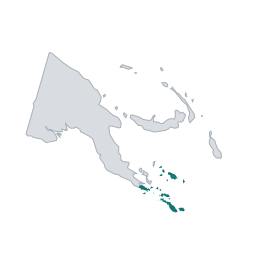 location of Samarai-Murua District, Milne Bay, Papua New Guinea, rotated 16°
{"feature_id": "67681753B57356093785831", "entity_name": "Samarai-Murua District", "entity_type": "district", "adm_level": 2, "iso_a3": "PNG", "parent_name": "Papua New Guinea", "parent_adm1": "Milne Bay", "projection": "mercator", "projection_center": [152.452, -10.176], "detail": "fine", "context": "in_parent", "style": "filled", "palette": "teal", "viewbox_px": 256, "rotation_deg": 16, "n_neighbors": 0, "source": "geoboundaries", "source_scale": "gbopen_adm2", "svg_char_len": 9045}
<svg xmlns="http://www.w3.org/2000/svg" viewBox="0 0 256 256"><g transform="rotate(16 128 128)"><path d="M31.6,161.9L31.6,132.9L30.1,130.7L31.6,125.6L31.6,77.0L34.3,77.2L47.6,83.1L56.6,86.2L64.4,87.6L71.7,92.5L77.0,92.8L84.9,99.6L88.1,100.0L93.7,105.7L94.1,110.4L93.4,113.3L102.0,116.1L110.2,120.0L114.6,120.4L117.1,121.8L120.1,125.2L120.7,129.7L118.9,130.5L111.3,130.5L109.1,132.0L112.2,139.1L119.1,145.6L124.3,148.6L125.9,154.5L128.5,156.3L130.2,161.0L133.0,161.5L138.2,160.7L139.1,162.7L138.3,165.7L139.1,166.9L148.8,169.4L145.5,170.9L147.0,173.6L153.3,176.0L157.3,176.8L159.6,176.6L156.9,177.9L154.4,177.5L153.9,177.9L155.0,179.1L157.0,180.3L154.9,181.9L152.8,182.1L148.8,181.1L145.4,178.1L134.8,176.8L131.2,175.5L128.3,176.0L119.7,174.4L116.9,172.3L115.0,169.2L109.9,165.4L108.7,163.6L109.2,161.1L107.9,161.5L104.9,159.7L97.2,148.2L93.2,146.6L83.4,144.6L82.0,142.4L77.4,141.5L76.4,143.0L72.7,144.0L69.5,142.9L66.3,140.1L70.1,146.5L68.7,146.4L69.4,147.4L68.7,147.6L64.6,147.2L65.8,149.8L59.1,151.3L54.1,150.8L51.7,151.4L50.7,151.3L49.4,149.4L47.6,149.8L49.1,149.8L51.0,152.0L55.2,151.7L59.3,153.4L62.7,157.2L62.6,159.8L53.3,164.6L47.9,162.5L40.0,163.1L37.2,162.3L33.6,163.2L31.6,161.9ZM172.2,97.9L174.1,99.2L176.1,97.8L179.8,99.5L179.1,105.7L177.9,107.5L174.7,108.1L174.3,109.0L176.4,112.7L175.6,114.0L172.8,115.4L168.3,115.2L167.1,117.8L164.6,120.0L154.8,124.5L144.1,124.9L140.6,122.1L136.9,122.6L132.0,119.3L127.9,118.0L127.1,116.8L127.2,115.1L128.3,114.2L135.6,114.4L140.3,115.6L146.4,114.9L148.1,113.9L148.8,109.9L149.8,108.2L150.8,109.0L149.6,112.1L151.0,114.9L155.4,114.0L158.1,114.7L160.3,113.9L163.4,109.5L165.8,107.5L170.3,106.5L170.2,103.3L168.6,98.9L169.3,97.6L172.2,97.9ZM225.9,130.0L225.3,131.5L225.0,131.0L222.8,132.3L220.2,131.9L217.9,130.5L216.2,127.9L216.1,125.1L213.6,123.8L210.3,120.2L209.7,117.8L209.9,113.8L214.7,116.1L219.5,123.0L224.1,126.0L225.9,130.0ZM189.2,99.6L186.1,105.9L184.1,103.3L183.4,101.5L183.2,96.7L178.2,89.6L173.0,87.2L162.5,79.8L158.3,78.7L159.3,78.3L159.3,76.5L164.5,80.4L167.8,81.3L172.1,84.3L175.0,85.3L187.7,96.4L189.2,99.6ZM105.3,68.7L115.2,69.0L115.4,69.8L114.1,69.9L112.4,71.4L106.4,71.0L103.8,71.8L103.7,70.7L104.6,70.4L104.5,69.3L105.3,68.7ZM155.5,164.9L157.3,165.9L158.8,165.8L160.0,167.0L160.2,169.1L159.6,169.5L159.1,168.9L154.3,168.5L155.2,167.4L154.3,165.0L155.5,164.9ZM154.3,77.7L150.8,77.6L148.1,75.2L151.6,74.0L154.2,75.2L154.3,77.7ZM162.6,173.7L164.9,172.4L165.4,172.9L164.6,176.0L161.1,174.7L158.7,169.6L162.6,173.7ZM181.2,160.4L185.1,159.9L186.9,161.2L187.5,161.7L187.1,163.1L183.9,162.5L181.2,160.4ZM190.2,190.9L197.4,194.4L194.7,195.0L192.4,194.0L192.2,193.2L191.2,193.5L191.7,192.9L190.2,190.9ZM123.0,118.8L119.8,116.2L120.0,114.5L123.4,116.0L123.0,118.8ZM153.1,166.8L152.2,166.9L150.0,165.1L151.3,163.0L152.8,163.8L153.1,166.8ZM208.9,113.7L207.5,109.5L208.7,108.2L209.9,110.9L208.9,113.7ZM112.0,113.7L109.8,112.0L111.4,110.5L112.4,111.3L112.0,113.7ZM145.6,63.3L144.4,63.6L142.7,62.2L143.2,60.7L145.1,61.7L145.6,63.3ZM97.4,103.4L96.1,104.9L95.2,103.7L96.7,102.0L97.4,103.4ZM163.1,152.7L163.2,157.8L162.2,156.7L162.7,154.7L161.7,154.1L163.1,152.7ZM63.6,154.0L65.7,156.1L60.5,152.7L63.6,154.0ZM65.5,153.5L62.6,152.7L62.0,152.0L65.4,152.3L65.5,153.5ZM204.1,191.4L203.9,192.1L202.1,192.3L200.8,191.2L202.0,191.5L201.8,190.8L204.1,191.4ZM182.8,82.6L182.9,84.9L181.6,83.3L182.8,82.6ZM175.8,81.4L175.3,82.0L174.0,80.4L174.2,80.0L175.8,81.4ZM160.3,180.9L160.1,181.9L158.8,181.4L159.0,180.8L160.3,180.9ZM174.7,79.6L173.7,79.8L173.9,78.3L174.7,79.6ZM120.6,72.3L120.7,73.4L119.3,73.2L120.6,72.3ZM196.1,95.6L196.0,96.6L195.2,96.3L196.1,95.6Z" fill="#d9dde1" stroke="#a8b0b8" stroke-width="1"/><path d="M182.4,160.1L181.2,160.2L180.6,160.9L181.4,160.9L181.8,161.0L182.0,161.3L182.3,161.2L183.0,161.8L183.6,161.5L183.4,161.7L183.2,162.1L183.7,162.3L183.7,162.6L183.2,162.9L183.0,162.7L182.9,162.7L183.1,163.1L183.9,163.3L184.1,163.7L184.3,163.2L184.0,163.1L184.1,162.9L184.1,162.6L184.3,163.2L184.6,163.3L184.7,163.1L184.7,163.4L184.9,163.4L185.0,163.6L185.9,163.6L186.7,163.3L187.0,163.7L187.1,163.3L186.7,162.9L186.3,162.9L186.8,162.6L187.3,162.9L187.5,162.4L187.8,162.4L187.2,161.9L186.8,162.0L186.9,161.4L186.5,161.2L186.1,161.4L185.9,161.3L185.4,161.3L185.3,160.7L185.0,160.7L184.8,160.4L184.1,160.7L182.4,160.1ZM190.9,191.5L190.1,190.9L189.8,191.2L189.9,191.9L190.3,191.9L190.2,192.1L190.4,192.5L190.7,192.3L190.9,192.8L191.4,192.9L191.0,193.3L191.5,193.1L191.8,193.3L192.2,193.2L192.0,193.5L192.1,194.0L193.0,194.2L192.8,193.8L193.2,194.1L193.4,193.9L193.6,193.9L193.4,194.1L193.6,194.3L193.4,194.4L194.1,194.4L194.4,194.8L194.7,194.6L194.7,195.0L194.3,195.1L194.7,195.3L195.2,194.8L195.3,194.9L195.8,194.8L196.2,195.1L196.2,194.9L196.6,195.0L196.8,194.8L197.5,194.9L197.6,194.6L197.2,194.3L197.2,194.1L196.7,193.9L196.5,193.4L194.0,192.8L192.7,192.2L192.1,192.0L191.6,191.6L190.9,191.5ZM203.1,190.5L202.4,190.6L202.2,191.0L202.3,190.6L202.1,190.7L201.7,190.7L201.2,190.6L201.6,190.9L201.3,191.0L202.1,191.3L201.5,191.4L201.1,191.3L201.0,191.5L200.6,191.2L200.6,191.4L200.2,191.5L200.6,191.8L200.8,192.1L201.4,192.2L201.7,192.0L201.6,192.3L201.8,192.2L201.9,191.8L202.2,192.1L202.4,192.1L202.4,191.8L202.7,192.0L203.1,191.8L203.8,192.2L204.2,191.8L204.0,191.5L204.0,191.2L203.1,190.5ZM184.9,181.5L183.5,182.1L181.6,181.5L181.3,181.7L181.7,182.1L182.5,182.3L182.6,182.5L182.9,182.3L184.2,182.9L184.5,182.9L184.5,182.7L185.5,182.6L185.9,182.3L184.9,181.5ZM155.6,181.7L156.4,181.4L156.5,181.1L157.2,181.2L157.6,180.9L157.1,179.8L156.7,180.5L155.7,180.4L155.6,181.7ZM161.9,181.2L160.5,181.4L160.3,181.7L160.3,182.1L160.6,182.1L160.7,181.8L161.2,182.0L161.4,181.8L161.7,182.3L162.2,182.3L162.1,182.2L162.5,182.0L162.1,181.9L162.3,181.6L162.5,181.6L162.5,181.3L162.3,181.3L162.1,181.5L162.1,181.3L161.9,181.4L161.9,181.2ZM160.3,180.8L159.8,180.5L159.9,180.9L159.6,180.7L159.6,180.9L159.5,180.6L159.2,180.7L158.9,180.6L159.1,181.1L159.5,181.3L159.4,181.5L159.8,181.6L159.9,182.0L159.0,181.8L158.6,181.4L158.5,181.7L158.8,181.7L158.9,182.1L159.2,181.9L160.2,182.1L160.1,181.0L160.3,180.8ZM189.1,189.1L188.7,189.0L188.8,189.4L188.8,189.7L188.9,189.8L188.9,189.6L189.0,189.6L189.3,190.0L189.7,190.0L189.9,190.3L189.7,190.3L190.0,190.5L190.7,190.1L189.1,189.1ZM180.5,159.6L179.6,160.1L180.1,161.4L180.0,160.0L180.2,159.9L180.6,159.9L180.9,160.2L181.2,160.2L180.5,159.6ZM179.5,182.2L179.1,182.2L179.0,182.8L179.5,182.7L179.9,183.0L179.8,182.8L179.9,182.6L179.5,182.2ZM188.1,188.7L187.4,188.7L187.5,189.0L187.1,189.1L187.5,189.3L187.6,189.2L187.8,189.5L188.0,189.4L187.8,189.2L188.1,188.7ZM157.8,181.2L157.7,181.0L157.5,181.5L157.8,181.5L158.1,181.8L158.4,181.8L158.4,181.7L158.1,181.6L158.4,181.5L158.3,181.4L157.9,181.5L158.0,181.1L157.8,181.2ZM193.2,190.8L192.7,190.9L193.0,191.1L193.7,191.2L193.2,190.8ZM174.4,160.2L174.4,159.8L174.0,159.8L174.0,160.0L174.4,160.2ZM188.6,188.6L188.2,188.7L188.2,188.9L188.7,188.8L188.6,188.6ZM156.8,181.6L156.9,181.9L157.3,182.2L157.1,181.8L156.8,181.6ZM182.1,187.7L181.7,187.6L181.8,188.0L182.1,187.8L182.3,187.9L182.1,187.7ZM179.9,183.6L179.7,183.4L179.4,183.7L179.8,183.8L179.9,183.6ZM183.5,188.4L183.3,188.3L183.2,188.5L183.7,188.5L183.7,188.3L183.5,188.4ZM173.3,163.8L173.0,163.9L172.9,164.1L173.3,163.9L173.6,164.1L174.0,164.1L173.6,164.1L173.3,163.8ZM173.4,159.4L173.6,159.2L173.4,159.0L173.3,159.3L173.4,159.4ZM180.7,167.7L180.1,167.5L179.9,167.8L180.1,167.6L180.7,167.7ZM188.9,188.3L188.4,188.1L189.1,188.5L188.9,188.3ZM158.1,182.6L157.9,182.5L157.7,182.7L157.8,182.8L158.1,182.6ZM190.8,190.5L190.7,190.5L190.5,190.8L190.8,190.5ZM186.5,188.8L186.3,188.8L186.5,189.1L186.5,188.8ZM164.9,181.6L164.5,181.3L164.4,181.4L164.9,181.6ZM160.7,182.4L160.6,182.2L160.5,182.4L160.7,182.4ZM158.6,181.0L158.5,180.8L158.3,180.9L158.5,181.0L158.6,181.0ZM162.8,182.1L162.6,182.1L162.9,182.3L162.8,182.1ZM187.5,184.7L186.9,184.4L187.6,184.8L187.5,184.7ZM176.1,178.6L175.7,178.7L176.1,178.7L176.1,178.6ZM184.0,188.4L184.0,188.2L184.0,188.4ZM164.3,181.3L164.1,181.1L164.3,181.3ZM170.3,156.5L170.5,156.4L170.4,156.3L170.3,156.5ZM165.5,181.6L165.1,181.6L165.5,181.7L165.5,181.6ZM179.1,188.5L178.7,188.3L179.1,188.5ZM162.7,186.1L162.3,186.1L162.2,186.2L162.7,186.1ZM196.6,164.1L196.4,164.0L196.5,164.3L196.6,164.1ZM184.6,188.8L184.8,188.6L184.5,188.7L184.6,188.8ZM188.9,190.1L188.7,189.9L188.8,190.2L188.9,190.1ZM160.3,182.3L160.1,182.2L160.3,182.3ZM180.4,187.4L180.5,187.2L180.2,187.3L180.4,187.4ZM157.9,180.9L158.1,180.8L157.9,180.7L157.9,180.9ZM185.8,188.9L185.8,188.7L185.7,188.7L185.8,188.9ZM186.9,188.9L186.7,188.9L186.6,189.0L186.9,188.9ZM173.0,178.0L172.9,177.8L172.8,178.0L173.0,178.0ZM166.9,178.7L167.0,178.6L166.9,178.6L166.9,178.7ZM170.6,183.6L170.4,183.6L170.7,183.6L170.6,183.6ZM183.1,188.5L183.2,188.3L183.1,188.5ZM196.4,163.9L196.2,163.7L196.2,163.8L196.4,163.9ZM200.9,190.7L200.7,190.6L200.9,190.7ZM160.3,181.2L160.2,181.2L160.3,181.2ZM181.5,187.8L181.5,187.7L181.5,187.8ZM177.4,184.1L177.5,184.0L177.3,184.1L177.4,184.1ZM177.0,184.2L176.8,184.2L177.0,184.2ZM176.3,190.0L176.3,189.9L176.3,190.0Z" fill="#14b8a6" stroke="#0f766e" stroke-width="1.5"/></g></svg>